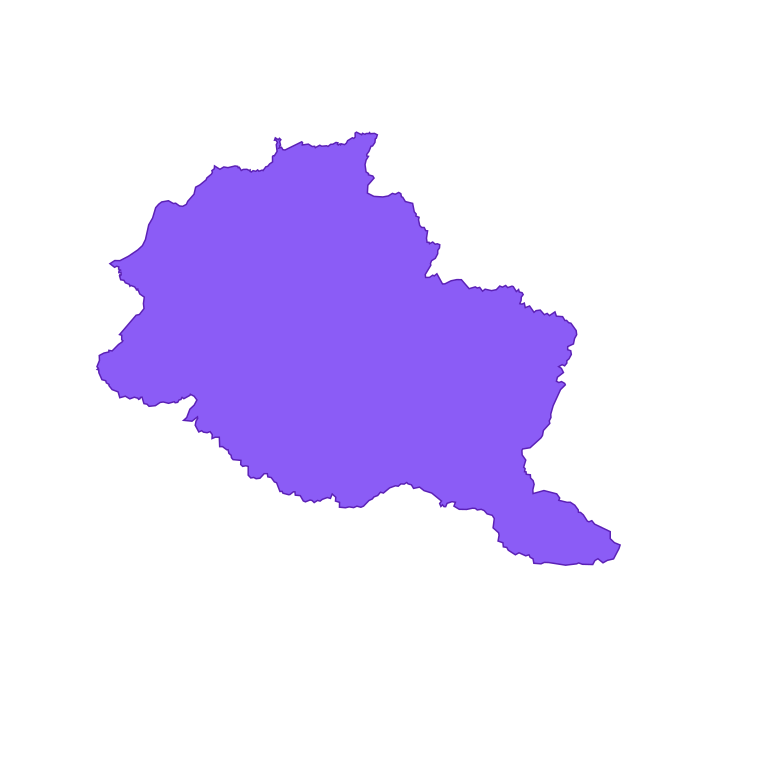 Santa Ana, Manabi, Ecuador (Equal Earth projection), rotated 221°
{"feature_id": "8360857B69594621756810", "entity_name": "Santa Ana", "entity_type": "district", "adm_level": 2, "iso_a3": "ECU", "parent_name": "Ecuador", "parent_adm1": "Manabi", "projection": "equal_earth", "projection_center": [-80.204, -1.195], "detail": "fine", "context": "isolated", "style": "filled", "palette": "violet", "viewbox_px": 768, "rotation_deg": 221, "n_neighbors": 0, "source": "geoboundaries", "source_scale": "gbopen_adm2", "svg_char_len": 6168}
<svg xmlns="http://www.w3.org/2000/svg" viewBox="0 0 768 768"><g transform="rotate(221 384 384)"><path d="M344.4,543.6L344.8,540.6L350.3,542.3L351.6,541.8L353.9,537.9L356.8,538.2L358.2,534.8L360.9,533.9L361.1,528.9L364.1,525.0L369.9,521.9L370.5,518.7L375.2,519.7L376.6,517.6L378.8,517.2L382.3,511.8L394.0,513.5L397.5,510.6L401.1,505.9L403.7,499.6L405.5,497.9L416.4,501.9L417.0,498.5L418.6,498.1L419.6,494.3L422.5,491.7L424.7,493.7L426.6,504.4L428.0,505.4L429.0,508.3L427.7,512.5L428.9,517.5L431.1,520.1L431.4,523.1L433.3,525.7L435.8,524.8L437.0,523.1L440.4,523.1L441.7,519.7L442.9,520.5L444.5,519.2L447.6,521.9L451.6,528.2L453.2,527.1L456.3,528.5L458.4,526.8L461.1,527.1L465.7,530.6L466.9,532.8L470.1,531.7L471.2,533.4L474.1,533.8L480.9,539.1L487.6,535.7L492.3,537.2L493.7,536.8L496.2,538.7L498.6,538.2L500.0,534.6L502.7,533.4L504.1,528.8L507.6,524.4L514.7,519.0L521.8,517.2L526.6,523.4L526.6,532.9L528.9,533.6L533.0,531.7L533.8,532.7L536.7,532.3L542.2,537.1L544.4,541.2L545.1,545.6L546.5,544.8L547.6,545.8L548.0,549.8L549.8,554.9L548.8,556.1L549.3,560.3L551.4,563.3L551.1,564.5L552.5,567.7L555.6,566.9L558.7,563.8L559.8,564.3L559.9,563.0L561.8,561.4L562.1,560.0L564.7,559.1L564.4,557.5L570.0,556.0L570.4,554.4L567.8,551.5L567.9,549.5L569.4,549.1L571.1,543.8L570.4,541.0L570.8,538.8L573.7,537.3L573.7,536.1L574.7,536.4L575.3,534.4L576.4,534.3L577.0,535.8L578.7,534.8L579.9,531.4L581.5,529.9L582.1,526.5L583.5,526.2L587.0,522.6L589.1,522.1L590.9,517.3L592.3,517.9L594.0,516.1L598.5,515.4L602.5,510.8L603.9,512.8L605.0,512.8L612.2,495.7L614.0,494.5L616.7,495.4L618.0,493.3L618.1,494.8L619.0,495.2L618.8,496.4L621.9,498.6L622.1,500.7L624.1,500.8L624.1,499.0L627.5,498.5L626.6,496.2L625.6,497.1L622.9,496.4L622.3,493.9L617.3,489.4L616.5,484.3L617.4,483.6L617.3,482.4L613.8,478.5L614.7,475.1L614.6,471.9L615.7,470.4L615.3,465.7L616.3,465.5L618.0,462.5L619.8,462.7L620.3,460.4L622.8,459.1L623.2,457.0L624.5,456.6L625.5,457.7L625.9,456.7L628.3,456.1L631.0,453.6L631.8,451.5L635.4,452.6L635.9,451.6L637.2,452.3L639.5,450.8L643.7,444.9L647.3,442.7L648.7,438.4L655.0,437.4L653.3,435.1L653.9,432.1L652.4,431.2L651.9,429.2L652.9,423.4L652.2,421.3L653.6,413.3L655.3,409.0L651.9,402.6L652.0,393.2L651.0,389.9L652.5,386.0L655.2,384.2L659.8,383.8L661.4,382.0L666.9,380.9L671.2,375.6L672.0,371.9L672.0,367.3L667.5,357.4L666.0,349.8L658.8,336.5L657.1,330.0L657.8,323.6L660.7,312.7L664.2,303.9L668.2,300.5L669.8,295.0L663.9,295.3L663.0,297.5L661.0,298.4L659.7,296.6L657.7,297.0L658.2,295.5L657.2,294.1L655.8,295.7L654.0,294.0L654.0,293.1L655.0,293.1L654.7,292.2L651.1,289.9L648.3,291.6L645.6,290.7L641.7,292.1L639.9,291.1L639.7,292.3L635.9,293.7L633.2,293.0L632.4,293.8L632.2,292.8L631.1,293.6L627.4,291.7L621.9,292.3L618.3,286.8L614.6,283.5L614.2,276.0L616.2,273.3L616.0,247.8L613.9,248.7L611.0,245.3L609.4,245.3L609.3,243.6L610.3,239.7L610.9,230.6L613.7,228.9L612.7,227.6L615.7,223.6L617.6,218.7L614.2,215.1L612.0,208.7L609.9,208.5L610.0,206.8L608.6,207.5L606.5,205.4L599.7,202.2L596.2,203.9L594.3,202.7L591.2,203.3L590.5,202.3L585.5,201.4L579.5,203.6L574.4,200.3L571.2,205.1L566.1,206.0L563.8,210.2L560.4,211.8L559.1,211.4L558.5,212.7L559.0,214.1L558.0,215.3L552.3,211.7L549.6,213.3L546.7,213.0L542.3,217.7L540.8,223.3L538.8,225.6L533.9,228.1L530.7,233.0L529.3,232.8L527.7,234.8L528.2,237.6L527.1,239.0L527.6,241.4L525.4,241.6L523.0,248.2L523.4,249.2L519.2,250.2L514.7,249.2L513.4,243.5L514.0,237.7L510.9,229.3L511.4,225.1L504.5,230.0L503.2,236.8L502.0,235.7L501.5,232.6L499.4,229.0L492.3,226.3L491.0,229.1L488.7,229.2L485.5,231.2L484.0,234.0L480.4,233.1L478.0,230.0L476.4,233.2L473.4,235.8L466.9,228.9L464.8,230.8L459.5,231.2L458.6,232.1L455.6,229.9L452.6,229.9L450.8,228.3L448.3,227.9L441.9,232.5L439.3,229.2L436.6,229.1L434.6,231.7L432.4,232.7L426.7,226.1L422.9,225.7L421.0,228.0L418.4,228.6L415.8,231.5L415.6,237.7L413.2,239.8L410.8,237.7L407.7,239.4L402.5,238.2L400.3,239.0L392.0,234.6L390.5,236.1L388.6,235.3L383.3,237.9L382.5,238.8L381.6,243.3L380.5,244.2L378.0,241.9L374.0,244.8L368.2,242.8L366.0,243.5L363.7,247.9L361.8,248.9L358.9,248.7L357.8,252.5L355.4,253.7L354.9,256.4L352.3,261.1L349.4,262.5L350.9,267.0L346.1,266.9L343.8,263.8L339.9,265.5L336.8,261.8L331.9,265.3L329.7,268.4L325.8,270.8L324.3,274.0L320.6,275.8L319.3,278.4L318.9,286.2L317.4,289.6L317.5,292.2L315.6,295.7L315.7,300.0L312.9,301.3L311.6,309.3L308.6,314.7L306.2,316.2L305.7,319.7L303.1,321.7L302.2,324.6L300.3,324.4L297.2,325.9L293.2,324.6L289.5,329.5L283.8,329.8L276.5,333.0L263.8,333.4L263.6,330.3L260.7,328.9L260.6,331.2L258.3,330.8L257.0,331.9L258.1,335.3L255.5,339.8L252.5,341.6L251.1,337.7L245.0,338.8L239.4,343.5L235.7,348.3L233.5,350.0L231.0,350.1L228.4,353.2L225.3,354.2L221.0,353.6L216.2,355.9L212.5,354.8L207.3,347.0L199.9,346.9L197.9,345.3L194.9,340.3L190.1,342.2L187.1,339.4L184.1,341.2L181.2,340.1L172.8,341.3L171.4,345.2L164.3,347.3L162.5,350.2L160.1,349.1L156.8,349.8L153.3,347.0L147.5,351.3L146.0,354.5L142.6,357.3L128.1,366.4L120.6,374.7L119.7,376.7L116.0,378.1L108.0,384.7L109.0,389.1L107.9,392.5L101.4,392.7L99.7,397.5L96.0,402.6L98.7,414.0L100.2,417.4L106.0,415.4L111.8,415.7L116.4,421.0L133.1,416.4L137.5,417.2L138.9,414.5L140.5,413.9L147.7,416.0L151.4,416.0L153.1,414.8L154.8,416.4L160.5,417.7L165.8,417.0L168.2,414.8L175.8,410.9L176.6,413.2L181.6,414.4L193.4,408.5L199.6,399.1L202.2,401.7L204.9,406.8L208.1,408.9L211.7,409.2L214.0,411.5L217.4,409.2L219.2,410.9L220.4,410.0L222.0,412.7L224.0,412.8L227.1,419.6L233.2,421.1L236.4,424.4L236.7,426.0L231.9,431.8L230.2,446.3L230.6,449.1L233.2,453.5L233.0,463.0L235.1,464.6L236.0,468.2L238.4,470.7L242.1,478.6L247.1,495.6L246.6,502.3L248.0,503.0L251.6,502.3L253.0,499.8L255.7,499.2L257.6,502.9L256.1,510.4L260.4,512.2L263.6,511.7L262.3,515.4L259.6,516.2L259.7,519.7L261.3,521.5L260.9,524.4L262.0,529.2L264.9,531.6L267.9,530.4L269.9,532.8L267.3,538.5L270.0,543.3L270.9,547.6L274.0,550.4L282.8,552.5L284.9,551.4L287.9,551.8L289.1,550.6L293.4,552.0L298.4,548.3L302.3,550.6L304.0,544.2L307.2,544.3L308.5,541.5L314.6,542.3L317.4,539.1L317.8,536.5L325.3,538.4L327.5,534.3L331.2,537.1L332.3,534.8L334.2,533.7L335.3,536.9L337.4,539.7L337.6,542.8L339.7,543.5L342.3,542.2L344.4,543.6Z" fill="#8b5cf6" stroke="#5b21b6" stroke-width="1.5"/></g></svg>